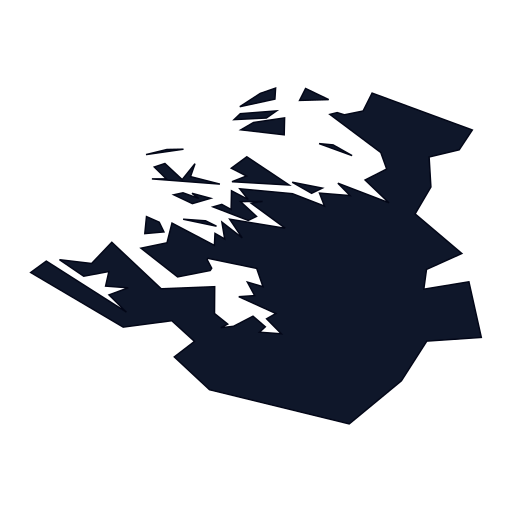 outline of Flatanger nor, Nord-Trøndelag, Norway
{"feature_id": "86288312B80976394887598", "entity_name": "Flatanger nor", "entity_type": "district", "adm_level": 2, "iso_a3": "NOR", "parent_name": "Norway", "parent_adm1": "Nord-Trøndelag", "projection": "robinson", "projection_center": [10.814, 64.447], "detail": "medium", "context": "isolated", "style": "filled", "palette": "ink", "viewbox_px": 512, "rotation_deg": 0, "n_neighbors": 0, "source": "geoboundaries", "source_scale": "gbopen_adm2", "svg_char_len": 1919}
<svg xmlns="http://www.w3.org/2000/svg" viewBox="0 0 512 512"><path d="M349.2,423.9L401.4,380.8L426.8,341.1L481.3,337.4L468.9,281.8L423.8,289.2L426.5,269.4L461.8,253.5L415.1,213.9L430.9,187.0L429.1,157.0L459.2,149.8L472.3,130.0L372.1,93.1L363.1,111.0L344.4,114.8L337.2,112.6L329.9,114.4L380.8,152.5L386.7,169.0L365.1,180.0L389.0,202.8L337.9,183.2L350.1,195.6L319.5,193.1L324.5,206.1L292.5,193.7L239.8,188.8L248.3,199.6L231.5,190.8L231.1,209.5L221.8,204.4L213.1,206.9L248.2,220.4L256.5,216.4L240.5,201.6L262.7,201.4L251.3,203.3L285.4,228.3L229.7,219.2L242.3,238.0L221.9,222.1L224.7,239.0L215.0,233.4L214.4,245.4L172.0,223.1L167.0,242.8L141.0,248.2L177.6,276.9L210.2,270.5L211.7,268.2L207.1,259.6L207.9,258.3L256.7,268.4L263.0,286.7L247.4,282.1L254.7,295.6L238.8,296.7L275.9,313.5L266.6,318.8L281.4,333.8L259.4,332.2L265.3,326.8L253.0,316.2L233.5,326.3L220.8,327.7L227.7,324.1L214.5,313.5L214.7,286.7L161.2,288.8L111.8,242.3L91.6,263.5L59.5,259.7L83.7,276.2L108.9,271.5L105.6,286.1L128.3,287.8L109.0,294.9L126.5,312.2L46.3,261.1L30.7,272.5L123.2,327.1L171.8,320.7L194.5,341.4L174.3,356.9L209.5,389.7L349.2,423.9ZM195.0,163.7L182.2,179.6L164.9,163.5L154.3,167.0L166.4,178.9L151.9,178.9L219.9,184.1L190.5,176.6L195.0,163.7ZM246.8,156.8L231.3,168.2L246.5,176.0L232.0,181.7L289.1,185.0L246.8,156.8ZM284.6,117.9L253.5,122.5L240.9,129.8L284.2,134.8L284.6,117.9ZM328.7,99.6L305.6,88.5L299.6,100.4L328.7,99.6ZM333.1,144.9L319.1,143.6L352.1,155.6L333.1,144.9ZM210.6,198.3L192.0,193.3L198.8,198.5L183.0,192.8L173.8,194.8L192.4,203.6L210.6,198.3ZM146.5,216.6L144.8,233.6L163.9,231.9L159.2,222.2L146.5,216.6ZM276.5,110.9L240.3,113.7L234.1,119.6L266.4,118.0L276.5,110.9ZM166.9,149.5L146.0,154.6L183.5,149.2L166.9,149.5ZM322.3,188.1L292.2,182.2L311.6,193.3L322.3,188.1ZM275.6,88.1L260.3,93.4L239.8,106.7L274.9,99.1L275.6,88.1ZM216.5,226.2L205.6,220.8L183.1,219.2L216.5,226.2Z" fill="#0f172a" stroke="#020617" stroke-width="1.5"/></svg>